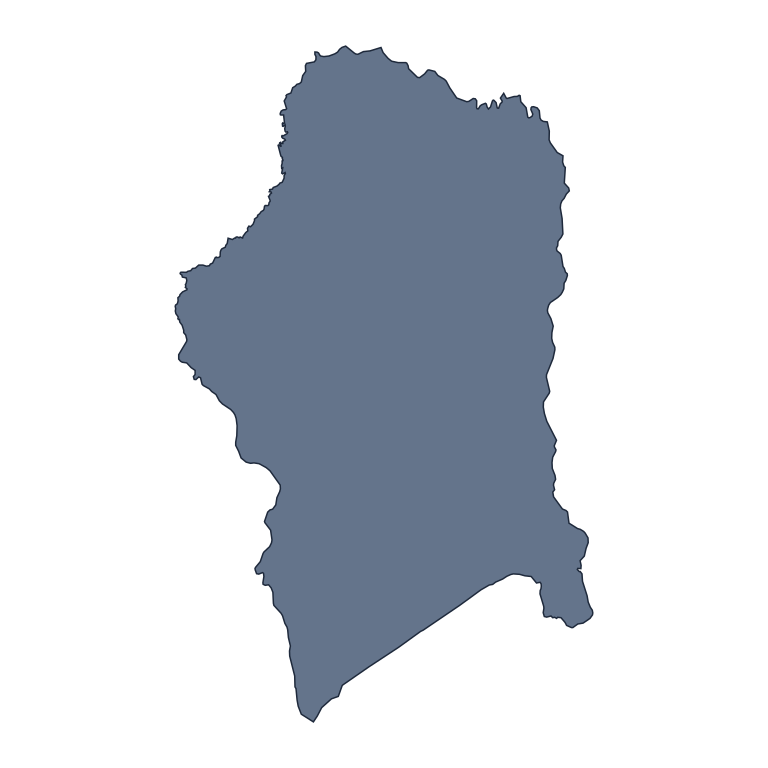 Lacluta, Viqueque, East Timor
{"feature_id": "22284137B55605414153919", "entity_name": "Lacluta", "entity_type": "district", "adm_level": 2, "iso_a3": "TLS", "parent_name": "East Timor", "parent_adm1": "Viqueque", "projection": "robinson", "projection_center": [126.14, -8.806], "detail": "fine", "context": "isolated", "style": "filled", "palette": "slate", "viewbox_px": 768, "rotation_deg": 0, "n_neighbors": 0, "source": "geoboundaries", "source_scale": "gbopen_adm2", "svg_char_len": 6068}
<svg xmlns="http://www.w3.org/2000/svg" viewBox="0 0 768 768"><path d="M313.4,721.9L317.3,716.0L321.7,707.6L331.5,698.8L338.3,696.4L342.2,685.5L343.0,684.8L369.1,666.7L398.6,647.3L420.6,631.4L423.1,630.2L459.6,605.4L481.0,589.8L489.3,585.0L492.7,584.4L495.6,582.1L502.7,579.0L506.8,576.3L510.8,574.5L513.3,573.9L519.5,574.3L524.9,575.8L531.2,576.5L536.5,583.0L540.1,582.3L541.1,583.8L541.3,586.1L541.0,588.7L540.2,590.5L540.0,593.9L543.7,606.3L543.9,608.2L543.2,612.7L544.3,616.5L546.7,617.1L551.0,616.0L552.7,617.7L554.7,617.3L556.6,618.4L557.7,617.3L561.0,617.7L565.1,622.5L566.6,625.4L571.5,627.6L572.8,627.6L577.8,624.0L583.1,623.1L590.0,618.4L592.5,614.9L592.8,612.9L592.3,610.2L590.3,607.2L588.2,602.1L587.1,595.8L582.5,581.3L582.0,573.9L580.2,571.5L579.3,571.6L577.3,569.5L577.8,568.4L580.9,568.6L581.1,565.3L580.1,560.7L584.3,556.1L586.1,548.3L588.2,542.7L588.0,537.9L585.1,533.0L583.6,531.4L580.2,529.3L577.6,528.6L569.0,523.2L567.5,512.0L566.0,510.5L562.4,509.0L553.6,496.9L552.8,492.1L554.6,489.7L553.5,485.3L553.7,483.3L555.6,479.3L555.0,475.4L552.3,468.5L552.0,462.6L552.7,457.2L555.6,451.6L556.0,449.9L554.4,446.9L554.3,445.6L556.5,440.3L546.8,421.3L544.4,413.5L543.3,407.1L543.5,401.9L549.2,393.2L549.7,391.3L546.4,377.4L546.5,374.7L553.0,358.5L554.9,349.8L554.8,347.2L552.6,342.4L551.7,338.3L551.9,332.7L553.2,326.1L550.9,318.6L547.8,312.8L547.4,310.4L547.7,308.5L548.7,305.1L550.4,302.5L557.7,297.5L560.8,294.6L562.3,292.2L563.8,288.9L564.1,283.2L565.8,280.5L567.4,275.5L567.2,273.7L565.5,272.2L564.3,268.4L563.0,266.5L561.2,255.2L560.2,253.5L557.1,251.0L556.6,249.8L556.5,247.9L557.7,245.8L558.0,241.4L561.2,237.3L562.9,234.0L562.1,218.5L560.3,207.8L560.7,203.9L562.0,200.8L564.1,198.4L566.3,194.1L569.3,190.9L568.7,188.0L564.3,183.1L565.3,167.4L563.8,165.8L562.6,162.1L563.0,155.8L557.2,152.5L550.3,142.8L549.1,139.8L549.3,131.1L547.3,121.9L543.3,121.4L541.1,120.1L540.0,118.0L539.3,110.7L537.2,107.9L533.6,106.7L531.8,106.9L531.1,107.8L530.9,109.6L532.8,114.1L532.1,116.2L529.8,117.7L528.6,117.8L527.8,117.2L526.1,107.7L520.8,101.7L520.1,95.7L519.1,95.3L517.3,96.4L514.1,96.5L507.0,98.5L506.2,98.0L503.7,93.3L500.4,98.1L502.2,101.1L501.9,102.3L500.3,103.7L498.6,108.2L497.4,108.1L497.1,107.4L496.1,102.6L493.9,100.3L493.2,100.1L492.4,101.0L490.5,107.0L488.4,109.0L487.1,107.0L486.3,104.0L485.4,103.3L481.8,104.7L480.2,105.8L478.4,108.8L477.1,108.8L476.6,107.6L476.7,100.8L475.3,98.8L473.2,98.5L468.8,101.4L466.7,101.7L456.7,98.0L449.8,87.9L446.2,81.1L444.5,79.4L437.9,75.5L434.8,71.4L428.9,69.9L427.6,70.2L424.6,73.9L419.7,77.6L417.5,77.4L408.6,68.7L408.1,65.7L406.8,63.2L405.8,62.6L398.1,62.6L391.6,61.2L388.1,58.4L383.1,52.6L381.0,47.5L370.0,50.9L363.4,51.6L357.9,54.3L355.8,54.0L354.3,53.1L345.7,46.1L342.0,47.4L339.6,49.3L337.6,52.1L334.9,53.8L329.0,56.0L323.9,56.6L321.0,56.1L320.1,55.6L318.5,52.9L317.0,52.1L314.9,52.0L314.9,54.4L316.0,56.6L315.9,59.8L314.3,61.9L306.5,63.4L305.4,65.7L305.7,71.4L302.7,75.6L301.3,82.0L299.5,83.6L296.9,84.3L295.3,86.1L292.7,87.7L290.9,93.0L286.9,94.6L286.0,95.7L286.5,96.9L284.2,101.0L286.6,108.7L285.7,109.6L283.1,109.9L281.2,111.1L280.2,113.4L280.3,114.7L280.8,115.0L283.6,115.0L284.5,123.1L283.5,123.4L282.8,122.9L282.3,123.6L282.6,126.2L283.1,126.4L285.1,124.8L285.3,126.3L284.7,128.7L285.1,131.2L285.9,132.1L287.4,131.8L287.7,132.6L287.1,133.6L283.7,135.6L282.5,136.0L282.1,135.6L281.7,136.1L281.8,137.1L282.6,138.1L284.7,139.1L285.4,140.2L282.8,141.9L282.8,143.5L281.2,143.4L280.7,142.3L279.7,142.8L279.5,143.3L280.4,144.2L281.1,146.1L280.7,146.3L278.8,144.9L278.1,145.3L280.6,155.0L281.1,156.4L282.4,157.4L282.2,158.2L282.9,160.0L282.9,160.6L282.3,160.6L282.1,161.3L282.2,163.2L281.5,165.7L281.7,168.3L282.7,167.9L281.7,173.1L282.6,173.9L285.1,172.5L285.4,173.5L284.1,175.6L284.1,178.2L282.2,182.3L279.7,183.2L279.2,184.2L276.9,186.1L273.2,187.5L272.5,189.1L269.7,189.6L269.9,191.0L269.3,191.7L271.2,192.1L271.5,193.1L269.9,194.3L269.6,195.7L268.5,196.3L270.1,200.4L270.1,201.3L269.1,202.6L268.7,204.9L267.9,205.6L265.2,205.5L264.5,206.3L264.0,209.4L263.3,210.4L261.1,211.7L259.7,213.7L257.6,215.3L257.6,216.7L254.5,219.1L254.5,220.7L253.0,224.3L250.6,226.7L248.9,226.1L247.5,228.3L247.8,230.9L245.7,232.6L243.1,236.2L242.6,238.0L240.1,237.0L239.1,237.8L237.6,237.0L236.2,237.0L235.5,238.1L234.7,238.0L232.4,239.5L228.1,238.2L227.2,243.5L225.8,245.3L225.3,247.2L221.9,248.8L221.0,250.0L220.3,251.9L220.1,256.4L218.8,257.4L216.7,257.6L216.3,257.1L215.3,257.5L212.6,263.1L210.3,264.1L209.4,265.7L206.4,266.2L203.0,265.1L198.7,265.1L195.4,268.1L192.5,268.5L190.7,270.7L187.8,271.3L186.5,272.3L180.9,272.2L180.1,273.2L180.4,274.0L181.8,275.0L182.4,277.1L186.2,277.9L186.8,280.5L186.1,283.6L185.4,284.5L185.8,286.2L185.3,287.4L187.0,288.8L186.9,289.8L182.6,291.9L180.0,294.6L179.6,296.2L177.9,297.7L178.1,300.8L177.6,302.9L176.9,304.2L175.6,305.0L175.2,306.3L175.7,308.7L175.3,311.0L175.9,313.7L178.2,316.9L177.9,318.7L178.4,319.5L179.4,319.4L179.8,322.1L182.1,325.2L183.7,330.2L183.7,332.7L185.7,335.0L186.9,339.8L186.6,341.4L178.7,354.7L178.7,359.1L180.5,361.2L182.2,362.2L186.7,362.9L191.1,367.6L195.1,370.4L195.1,374.5L193.4,376.6L194.2,379.4L195.9,379.6L198.7,377.0L200.5,377.7L202.1,384.3L203.4,385.6L209.4,388.9L211.7,391.5L216.0,394.5L219.3,400.7L222.5,404.0L230.6,409.4L233.5,412.5L235.0,415.0L236.2,418.7L237.1,425.7L236.8,435.7L235.7,442.2L235.7,445.4L238.6,451.2L241.1,458.0L246.1,462.1L250.5,463.3L254.0,462.9L259.1,463.7L266.2,467.6L270.0,470.8L280.2,485.1L280.4,488.9L279.7,491.6L276.9,497.7L275.8,504.9L272.6,509.2L270.0,509.9L267.7,512.1L264.5,521.5L265.0,522.8L270.6,530.2L272.0,539.9L271.5,542.8L269.6,546.7L264.1,551.8L263.1,553.4L260.3,561.6L255.6,567.3L255.0,568.4L255.2,569.9L256.6,573.7L258.8,574.1L262.5,572.6L263.5,573.3L263.9,576.4L262.9,582.8L263.1,584.3L265.2,585.3L268.6,584.8L271.1,587.8L272.9,592.3L273.4,603.3L273.9,605.4L281.1,613.3L282.5,615.7L284.9,623.4L287.0,627.1L287.7,629.8L288.4,637.5L290.4,646.0L289.5,651.0L289.7,656.1L294.7,676.0L295.0,686.9L296.0,688.6L297.1,700.1L298.2,706.2L301.3,714.2L313.4,721.9Z" fill="#64748b" stroke="#1e293b" stroke-width="1.5"/></svg>